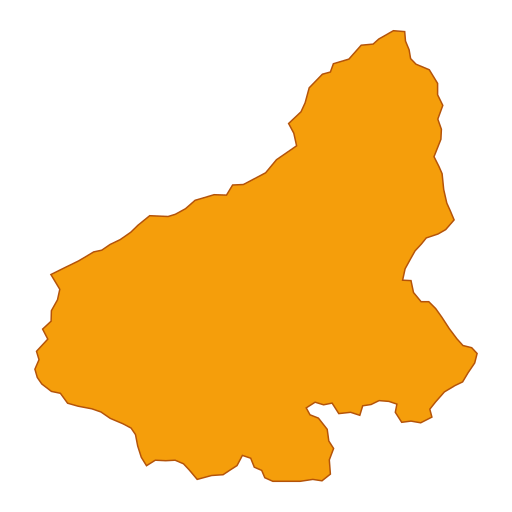 Piquete, São Paulo, Brazil
{"feature_id": "56859067B52482301605957", "entity_name": "Piquete", "entity_type": "district", "adm_level": 2, "iso_a3": "BRA", "parent_name": "Brazil", "parent_adm1": "São Paulo", "projection": "orthographic", "projection_center": [-45.168, -22.578], "detail": "fine", "context": "isolated", "style": "filled", "palette": "amber", "viewbox_px": 512, "rotation_deg": 0, "n_neighbors": 0, "source": "geoboundaries", "source_scale": "gbopen_adm2", "svg_char_len": 1870}
<svg xmlns="http://www.w3.org/2000/svg" viewBox="0 0 512 512"><path d="M36.5,351.3L39.0,359.7L34.9,369.2L37.3,377.5L41.8,384.0L51.4,391.4L60.4,393.3L67.6,403.2L78.1,406.2L91.8,408.8L101.0,412.0L110.3,418.4L122.8,423.7L131.1,428.1L135.5,434.6L137.7,446.0L141.3,457.3L146.5,465.7L155.3,460.2L165.8,460.7L175.1,460.2L183.5,463.8L189.2,469.9L197.2,479.4L211.6,475.5L223.1,474.7L230.3,469.9L237.0,465.6L242.4,455.4L250.7,458.2L254.3,467.2L261.7,470.4L264.8,477.7L272.8,481.3L285.8,481.3L300.2,481.3L312.8,479.4L322.0,480.8L330.4,474.1L329.3,459.9L333.6,448.5L328.8,441.0L327.2,429.3L318.4,418.1L310.0,414.8L306.2,407.9L315.1,402.2L323.6,404.8L332.1,403.1L338.8,413.6L350.6,412.3L359.8,415.3L362.7,405.8L371.1,404.5L379.1,400.6L388.9,401.4L396.9,404.1L395.3,412.3L401.7,422.3L411.0,421.1L420.7,422.8L431.9,417.1L429.8,409.2L435.6,401.9L444.4,391.9L454.9,385.6L462.6,381.9L468.1,372.7L474.7,363.0L477.1,353.5L471.7,347.7L462.9,345.5L456.8,338.7L449.3,328.7L441.9,317.3L435.7,308.6L428.8,301.7L421.1,301.7L413.5,292.5L411.0,280.6L402.6,280.2L405.1,268.8L410.3,259.3L415.1,250.8L421.4,244.0L426.3,237.9L438.0,234.0L445.7,229.6L454.1,219.9L450.1,210.4L446.8,203.1L443.7,189.5L442.1,173.7L438.9,166.4L434.0,156.7L440.9,139.3L441.4,129.3L437.8,119.1L442.8,105.4L437.6,94.8L437.6,83.4L429.3,69.8L416.0,64.2L410.6,58.6L409.1,49.8L405.5,41.1L404.7,31.6L393.4,30.7L378.8,39.0L373.1,44.1L361.2,45.2L348.9,59.1L333.4,63.7L330.4,72.0L322.4,74.2L309.2,87.8L305.1,102.9L301.0,111.8L288.6,123.5L293.8,133.2L296.6,145.8L276.5,159.7L265.6,172.8L243.4,184.5L232.6,185.0L226.5,195.1L214.1,194.7L195.1,200.3L185.5,208.7L175.3,214.3L168.1,216.5L149.7,215.7L138.0,225.2L130.7,232.3L120.2,239.6L110.2,244.4L101.7,250.2L93.7,251.9L78.6,260.9L66.7,266.7L50.9,274.5L59.8,289.3L57.5,299.8L51.4,310.7L51.1,321.2L42.6,329.1L47.8,339.1L36.5,351.3Z" fill="#f59e0b" stroke="#b45309" stroke-width="1.5"/></svg>